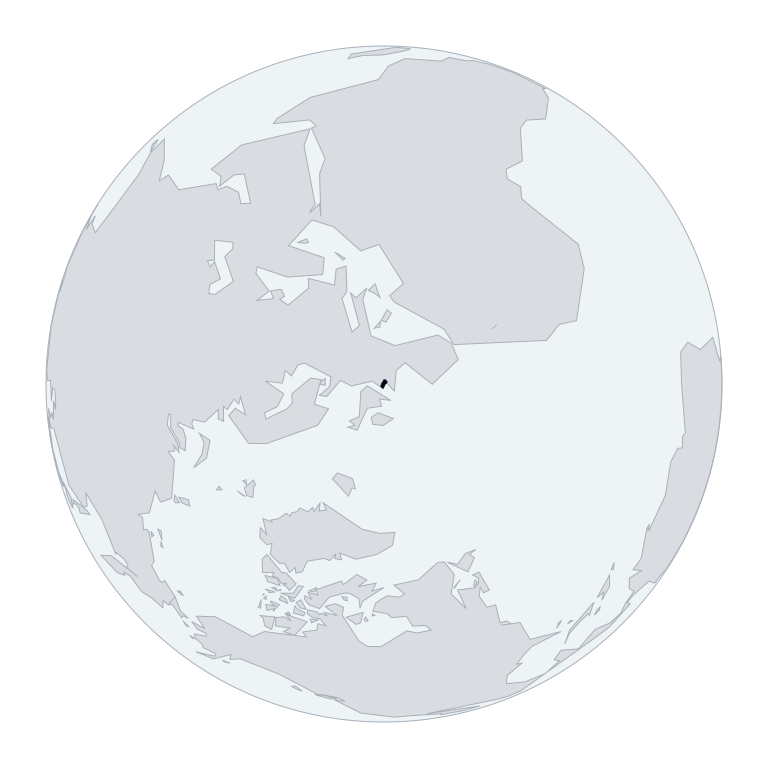 Manche on an orthographic globe, rotated 225°
{"feature_id": "FRA-5322", "entity_name": "Manche", "entity_type": "Metropolitan department", "adm_level": 1, "iso_a3": "FRA", "parent_name": "France", "parent_adm1": "", "projection": "orthographic", "projection_center": [-1.411, 49.095], "detail": "fine", "context": "on_globe", "style": "filled", "palette": "ink", "viewbox_px": 768, "rotation_deg": 225, "n_neighbors": 0, "source": "natural_earth", "source_scale": "10m", "svg_char_len": 11800}
<svg xmlns="http://www.w3.org/2000/svg" viewBox="0 0 768 768"><g transform="rotate(225 384 384)"><circle cx="384" cy="384" r="338" fill="#eef3f6" stroke="#a8b0b8"/><path d="M61.4,484.6L53.3,452.5L53.4,445.7L51.8,434.5L57.3,432.0L58.5,409.8L57.3,401.5L54.4,402.5L52.8,371.0L55.9,350.1L70.3,263.8L75.9,250.1L82.5,238.9L120.4,181.3L88.6,224.2L97.0,209.1L110.0,190.4L110.3,191.4L129.2,169.9L141.2,155.7L167.9,134.8L195.6,125.7L187.2,131.9L194.8,129.6L205.9,122.0L211.4,117.6L252.8,104.7L291.4,88.0L298.2,80.3L300.9,84.5L310.2,69.1L327.7,61.6L311.2,71.8L312.0,74.4L325.5,69.8L329.3,71.5L338.0,70.6L341.2,73.3L331.3,79.9L333.3,82.0L342.7,78.7L352.0,80.0L337.8,84.3L352.5,87.2L338.6,100.2L298.1,112.4L293.5,124.4L260.0,150.3L266.2,151.1L257.5,162.4L261.3,167.8L254.0,171.8L263.4,172.8L269.4,168.3L275.5,167.4L278.3,170.4L269.5,175.7L266.8,174.9L265.7,178.1L260.0,179.6L264.4,180.5L253.4,187.0L268.4,185.2L263.0,194.3L254.6,197.4L250.2,191.0L219.9,184.5L210.0,186.9L200.4,196.1L193.3,225.6L184.6,231.3L176.5,243.4L183.7,242.7L192.6,233.1L203.9,235.6L213.4,224.2L219.4,223.8L231.2,215.4L235.0,223.5L232.2,236.3L222.6,244.0L221.1,250.1L234.8,248.8L221.2,269.8L219.8,295.7L215.7,300.8L199.5,298.9L188.1,283.0L167.1,283.3L186.3,290.4L175.6,304.2L176.2,309.9L180.1,313.7L186.3,311.6L183.8,318.2L163.9,312.8L165.9,306.8L172.2,308.3L166.7,301.2L153.3,299.0L148.9,306.8L133.2,297.2L129.9,302.9L124.6,304.4L130.9,295.8L119.3,311.5L100.1,306.7L83.9,334.0L93.8,303.2L93.7,291.3L92.0,279.8L89.1,284.0L90.8,264.9L85.6,258.7L73.7,273.0L65.1,293.7L64.3,312.4L68.6,309.4L70.6,320.8L59.3,334.1L61.2,360.0L55.3,374.5L54.5,389.7L57.9,398.7L60.7,414.3L66.0,412.7L73.2,420.2L69.9,434.2L76.6,428.8L78.7,442.4L95.1,466.5L93.0,467.8L106.2,504.0L126.2,531.8L130.8,546.2L127.9,549.7L136.0,558.4L136.2,562.4L173.6,594.5L196.8,616.3L198.7,628.4L184.7,632.0L184.5,649.4L162.6,637.4L165.5,641.6L164.7,641.1L147.2,625.1L130.9,607.8L115.8,589.5L102.0,570.2L89.6,549.9L78.7,528.8L69.3,507.0L61.4,484.6ZM78.7,341.2L81.3,378.3L75.2,365.6L77.1,366.0L77.5,354.7L76.5,338.2L72.4,328.0L78.7,341.2ZM90.3,338.7L89.4,333.3L90.9,337.5L90.3,338.7ZM213.2,115.5L205.8,121.7L194.4,128.3L200.1,122.8L213.2,115.5ZM235.5,104.9L233.0,107.8L224.7,109.0L228.7,106.9L235.5,104.9ZM302.2,74.8L295.4,77.8L300.7,74.4L302.2,74.8ZM338.6,70.0L339.3,68.7L343.5,68.8L338.6,70.0ZM228.4,211.6L229.7,213.4L226.8,214.0L228.4,211.6ZM232.2,206.3L227.9,205.6L229.0,203.1L231.7,203.5L232.2,206.3ZM352.4,73.3L358.9,74.3L350.6,74.4L352.4,73.3ZM237.3,207.8L231.7,198.6L233.8,194.2L245.8,192.4L237.3,207.8ZM361.6,75.6L377.5,78.4L380.5,75.5L381.0,85.8L367.3,79.6L356.5,80.0L362.3,77.9L361.6,75.6ZM270.0,165.6L263.8,170.5L266.4,163.8L270.0,165.6ZM270.2,161.5L269.3,143.2L279.9,137.9L278.0,144.8L289.6,136.2L295.2,142.5L290.1,148.7L282.1,150.8L290.4,151.7L270.2,161.5ZM378.8,91.4L381.1,93.3L376.7,92.6L378.8,91.4ZM278.1,166.5L277.0,163.1L286.1,158.1L290.0,164.1L285.8,163.8L278.1,166.5ZM289.9,131.0L297.4,128.7L303.9,133.1L307.7,132.8L296.3,142.2L289.9,131.0ZM285.2,166.4L291.8,167.4L290.1,172.6L279.8,169.6L285.2,166.4ZM286.8,154.4L291.3,152.4L290.1,155.4L286.8,154.4ZM287.7,192.3L286.1,187.8L290.7,184.8L287.7,192.3ZM294.3,167.4L294.9,165.7L296.5,164.1L300.4,165.8L294.3,167.4ZM301.7,144.8L302.9,147.3L306.7,141.2L311.8,144.6L303.2,150.4L309.1,149.3L310.7,150.4L301.9,154.0L301.7,144.8ZM309.2,163.0L300.1,172.1L302.0,180.8L297.9,183.7L295.6,169.3L309.2,163.0ZM305.7,157.3L307.0,161.4L301.3,162.6L296.9,160.7L305.7,157.3ZM318.4,144.9L312.8,138.2L314.8,137.2L318.4,144.9ZM310.9,165.2L313.1,163.0L311.7,165.7L310.9,165.2ZM317.3,150.8L315.1,148.4L317.5,147.3L317.3,150.8ZM319.3,160.7L316.3,163.5L313.3,162.2L319.3,160.7ZM319.3,155.9L323.2,155.0L313.9,159.9L317.9,155.0L319.3,155.9ZM320.0,150.1L320.7,148.7L320.6,151.3L320.0,150.1ZM332.6,164.6L321.8,171.2L315.0,167.9L326.5,162.0L332.6,164.6ZM705.1,278.9L706.1,283.1L711.8,302.0L711.8,301.9L713.4,308.6L710.0,295.9L703.7,283.1L707.2,298.9L703.4,290.6L695.2,286.8L698.3,309.6L705.6,358.7L712.6,382.4L712.5,401.8L697.7,386.8L686.6,368.8L684.1,379.4L666.5,376.2L644.4,407.0L638.7,403.8L635.1,412.7L622.4,416.7L612.8,410.3L606.2,417.5L631.2,433.7L637.9,425.9L640.1,407.6L646.0,415.7L658.0,413.8L653.7,452.4L616.7,512.1L609.0,495.9L559.5,462.2L558.6,454.8L558.3,454.1L557.4,453.0L557.1,465.9L547.2,457.9L578.1,487.0L585.1,501.8L616.3,513.7L614.4,518.5L623.2,518.3L646.3,489.9L647.3,496.1L638.9,534.3L603.2,595.3L605.7,612.1L599.1,629.1L571.8,652.8L569.0,660.9L554.2,670.8L549.8,675.6L535.0,684.9L512.1,696.0L478.7,707.1L480.6,704.9L470.1,702.6L457.1,685.8L469.8,671.4L468.5,661.3L443.9,639.6L449.6,622.3L442.0,616.3L426.9,620.2L417.6,612.4L408.0,613.1L345.5,620.2L324.0,607.1L292.7,564.9L302.3,550.0L299.9,529.8L362.4,461.3L380.3,465.3L434.9,449.1L442.5,450.5L441.2,468.8L486.2,479.1L494.7,461.6L530.4,459.7L551.0,449.1L549.3,414.3L515.6,431.0L504.8,418.1L527.7,391.5L556.4,377.2L553.1,371.8L530.8,368.4L533.0,353.2L522.5,366.2L530.0,369.7L523.6,378.3L516.4,375.7L517.5,370.2L507.6,371.9L505.0,398.6L512.2,405.1L489.0,419.0L499.0,431.4L494.2,440.6L475.7,423.2L474.2,414.8L443.3,398.1L442.7,408.0L471.9,424.8L464.7,425.0L464.1,439.8L458.9,428.8L427.2,408.9L403.4,418.9L380.5,456.7L365.1,460.4L348.8,453.8L349.7,417.9L384.1,413.9L384.9,402.2L371.6,386.2L383.2,386.7L382.0,380.0L394.4,377.7L405.6,359.6L417.3,355.8L415.7,334.8L421.5,330.3L420.7,343.8L426.5,351.6L454.7,342.7L458.4,336.8L455.1,324.2L463.3,323.8L456.5,312.8L469.8,302.2L447.9,306.2L443.4,292.6L448.1,279.2L442.8,275.7L435.0,297.7L435.5,306.0L442.2,311.8L440.0,336.3L431.6,342.6L419.0,320.4L405.7,327.3L401.7,307.9L425.0,258.8L437.8,246.2L471.5,251.9L472.0,261.7L460.1,264.3L476.6,273.6L472.6,267.1L479.4,267.2L476.8,255.1L481.5,254.5L471.1,244.2L476.6,242.2L483.1,248.8L484.0,230.3L493.8,223.8L491.7,219.9L486.7,217.6L502.4,211.4L500.2,208.9L494.2,209.9L485.9,205.7L477.4,196.2L483.3,194.5L487.2,197.7L504.2,202.5L513.6,211.9L515.1,210.3L508.3,201.8L487.6,195.9L480.8,190.7L490.7,192.1L486.6,191.2L485.0,188.1L489.0,183.7L478.2,181.8L453.3,153.0L458.5,142.5L470.1,146.4L458.9,126.9L465.7,118.1L460.2,118.8L451.1,110.9L448.9,113.5L445.5,113.3L421.1,96.1L420.0,91.3L403.2,86.2L400.4,86.8L400.3,89.9L381.0,85.8L380.5,75.5L387.0,74.6L382.2,69.4L397.7,68.4L408.4,65.8L428.0,68.8L434.7,67.0L432.1,65.3L439.2,62.1L463.0,62.8L455.4,69.8L422.0,73.5L436.6,72.2L436.8,75.0L444.2,76.3L454.2,75.7L453.2,74.0L487.1,88.5L518.2,96.3L507.6,87.9L509.1,84.5L535.2,89.6L586.0,119.1L588.7,117.7L594.3,121.1L604.0,129.6L596.2,124.6L598.8,129.0L592.8,125.3L605.9,138.4L597.9,133.8L612.0,146.8L615.6,147.1L607.0,136.7L622.6,150.9L624.3,148.4L633.4,156.5L660.8,190.3L675.3,213.4L678.1,217.9L679.1,221.2L687.7,237.8L690.4,241.5L705.1,278.9ZM346.6,499.2L346.2,505.6L346.6,499.2ZM591.0,377.5L605.4,365.9L591.6,351.8L596.0,346.4L589.6,343.9L590.5,350.9L574.0,342.7L577.5,331.3L572.0,324.1L566.9,327.7L563.0,350.0L586.7,361.5L586.5,372.5L591.0,377.5ZM95.7,467.1L97.3,472.7L94.3,468.9L95.7,467.1ZM71.9,369.3L73.6,374.9L73.7,379.8L71.9,376.4L71.9,369.3ZM92.0,413.4L95.1,420.4L90.8,415.5L92.0,413.4ZM82.2,383.7L89.4,408.3L81.3,400.4L77.2,385.1L81.4,392.3L82.2,383.7ZM84.6,344.2L85.1,348.6L83.3,350.1L84.6,344.2ZM91.3,341.8L90.7,340.7L91.5,337.0L91.3,341.8ZM176.8,304.5L178.3,305.1L181.1,310.0L177.7,309.7L176.8,304.5ZM206.7,321.5L202.1,331.8L203.0,324.0L197.2,325.1L191.9,310.5L213.3,302.7L204.5,308.6L206.7,321.5ZM190.7,289.8L191.7,299.3L189.8,289.3L190.7,289.8ZM363.3,347.6L369.5,351.4L367.7,359.6L352.9,366.2L355.3,354.2L363.3,347.6ZM378.7,355.1L370.3,332.3L379.1,327.9L375.6,334.1L382.3,333.5L378.4,343.5L395.0,362.3L394.5,370.9L367.5,377.2L376.6,370.2L370.0,366.6L378.7,355.1ZM333.2,287.9L329.7,279.6L353.4,280.5L354.0,288.2L339.3,294.8L330.0,289.6L333.2,287.9ZM259.5,207.0L256.6,204.9L259.1,203.3L263.5,203.7L259.5,207.0ZM286.6,190.5L274.7,214.7L270.8,213.4L268.5,230.0L257.3,233.3L259.2,222.3L248.8,237.6L246.0,229.0L240.2,240.0L245.5,215.1L242.5,208.6L250.1,214.5L260.4,211.6L264.0,208.4L272.0,194.5L270.8,179.6L280.9,174.9L288.4,175.6L290.2,178.4L283.1,180.5L290.6,182.9L281.7,188.0L286.6,190.5ZM369.8,195.0L360.7,194.6L374.4,203.3L365.6,207.3L367.7,208.0L363.3,214.3L361.7,223.4L356.9,224.1L358.3,227.4L355.4,231.9L355.8,236.7L347.4,240.0L347.1,246.3L343.3,244.3L345.1,254.5L340.0,248.5L335.8,254.1L343.0,257.0L296.8,265.8L281.4,275.3L271.3,286.8L263.9,275.8L268.6,258.3L280.0,240.2L295.9,233.1L289.6,229.8L295.4,225.6L297.9,230.0L297.5,220.7L302.9,218.5L313.0,204.4L309.0,193.2L312.6,188.0L316.9,191.4L317.5,184.0L328.0,186.9L330.8,183.4L343.9,183.2L350.5,192.1L353.2,187.6L363.3,187.6L369.8,195.0ZM336.4,164.8L346.3,173.9L346.3,180.7L323.4,178.4L319.4,181.2L304.7,180.6L305.0,170.9L309.2,171.8L313.3,170.6L311.5,174.1L316.0,170.4L321.9,171.7L327.0,169.3L328.8,172.8L336.4,164.8ZM448.2,442.3L453.6,441.8L461.3,439.0L461.1,448.5L448.2,442.3ZM426.4,429.2L430.9,427.1L434.3,438.5L428.8,439.3L426.4,429.2ZM430.3,416.5L430.8,426.1L427.2,421.4L430.3,416.5ZM424.5,341.4L428.9,338.6L430.5,341.3L429.5,346.3L424.5,341.4ZM408.5,223.8L403.3,221.9L403.9,219.9L396.5,211.2L402.4,207.9L409.2,211.9L408.5,223.8ZM545.3,422.8L541.2,432.0L537.3,430.7L539.5,427.7L545.3,422.8ZM500.5,442.7L512.1,442.5L500.3,445.3L500.5,442.7ZM413.8,218.8L410.0,215.5L415.3,215.9L413.8,218.8ZM406.4,205.1L412.1,204.7L402.3,206.5L406.4,205.1ZM640.5,594.2L613.5,630.7L602.3,639.9L604.2,635.4L616.8,616.6L631.2,601.5L639.4,588.7L640.5,594.2ZM713.4,383.2L717.3,389.7L716.6,397.4L713.4,383.2ZM681.3,223.5L685.0,230.7L683.5,228.1L677.9,217.4L681.3,223.5ZM641.3,164.9L640.5,164.0L640.7,164.3L641.3,164.9ZM459.4,190.3L463.1,205.6L469.7,215.4L479.6,218.6L467.2,221.1L457.0,206.0L459.4,190.3ZM453.4,157.6L444.7,155.5L447.3,152.6L449.7,152.6L453.4,157.6ZM449.0,159.0L440.6,163.9L435.0,160.3L442.7,157.1L449.0,159.0ZM427.6,190.5L428.2,195.1L423.9,194.6L427.6,190.5ZM587.1,114.0L584.2,112.2L578.1,107.6L581.8,110.1L587.1,114.0ZM555.4,92.8L575.5,105.9L591.2,117.7L589.5,116.0L598.9,123.2L597.7,123.0L582.0,111.1L571.2,103.2L563.4,98.6L551.7,91.5L544.5,88.7L537.4,85.1L540.6,85.5L555.4,92.8ZM541.8,87.9L525.2,82.5L516.5,76.6L518.2,76.5L529.5,81.2L533.4,84.0L541.8,87.9ZM518.6,79.6L522.2,82.5L505.3,84.5L499.5,83.7L507.8,78.0L511.7,80.5L517.4,81.3L518.6,79.6ZM383.7,91.9L381.4,93.2L381.3,91.2L383.7,91.9ZM444.5,115.0L439.9,114.4L440.0,111.7L444.5,115.0ZM427.3,111.6L430.4,115.0L424.6,112.1L427.3,111.6ZM437.9,122.6L430.5,116.6L441.1,121.4L437.9,122.6Z" fill="#d9dde1" stroke="#a8b0b8" stroke-width="1"/><path d="M383.3,386.7L383.7,386.7L384.1,386.6L383.9,386.5L383.8,386.4L383.7,386.4L383.6,386.2L383.4,386.0L383.4,385.9L383.4,385.7L383.3,385.4L383.4,385.0L383.5,385.0L383.5,384.9L383.4,384.8L383.5,384.5L383.5,384.4L383.4,384.4L383.4,384.5L383.3,384.4L383.3,384.2L383.2,384.0L383.3,383.9L383.4,383.7L383.2,383.4L383.3,383.2L383.5,383.3L383.5,383.2L383.4,383.2L383.2,383.2L383.2,383.3L383.1,383.2L383.0,382.9L382.9,382.8L382.9,382.7L382.7,382.4L382.4,382.3L382.4,382.2L382.4,381.9L382.4,381.7L382.2,381.5L382.2,381.4L382.3,381.2L382.4,380.9L382.3,380.7L382.1,380.6L382.0,380.4L382.3,380.3L382.5,380.5L382.9,380.5L383.2,380.6L383.3,380.7L383.5,380.7L383.8,380.5L383.8,380.4L384.0,380.4L384.5,380.4L384.6,380.5L384.7,380.8L384.6,381.0L384.4,381.1L384.4,381.3L384.5,381.4L384.5,381.5L384.9,382.0L384.9,382.3L384.9,382.5L385.0,382.4L385.0,382.5L385.1,382.8L385.6,383.4L385.9,383.3L385.9,383.5L386.0,383.9L386.1,384.3L386.0,384.5L385.8,384.7L385.7,384.8L385.4,384.8L385.3,385.0L385.5,385.1L385.4,385.2L385.4,385.3L385.2,385.3L385.0,385.5L385.2,385.8L385.4,385.9L385.6,385.9L385.8,385.8L386.0,385.9L386.2,386.0L386.3,386.2L386.6,386.4L386.5,386.5L386.6,386.8L386.4,387.1L386.2,387.3L386.1,387.5L385.9,387.5L385.6,387.5L385.3,387.5L385.2,387.5L385.1,387.4L384.7,387.3L384.5,387.5L384.4,387.5L384.2,387.6L383.9,387.7L383.7,387.6L383.5,387.3L383.5,387.2L383.4,387.0L383.4,386.9L383.3,386.7L383.3,386.7Z" fill="#0f172a" stroke="#020617" stroke-width="1.5"/></g></svg>